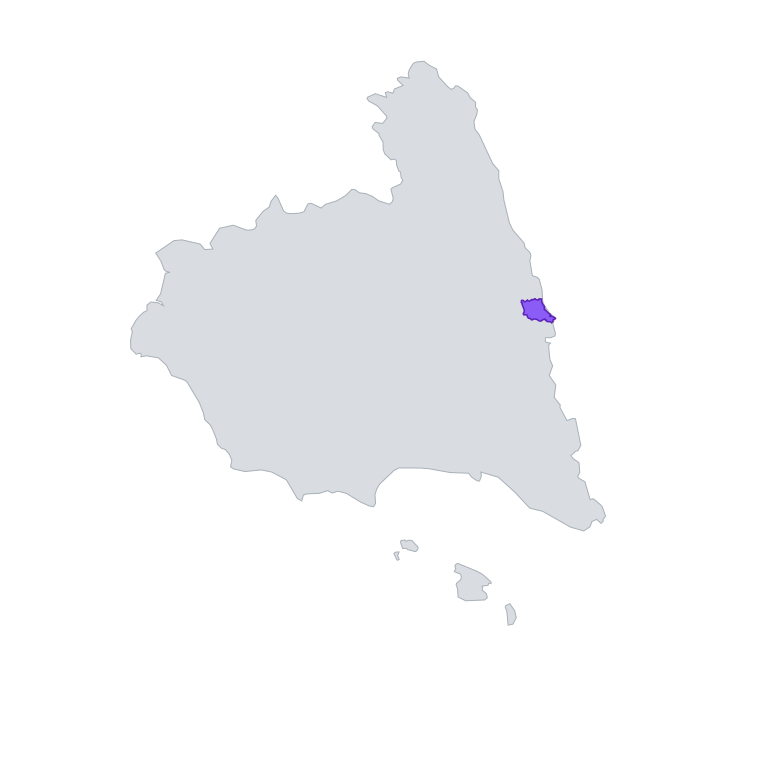 Gipuzkoa highlighted on a map of Spain, rotated 63°
{"feature_id": "ESP-5823", "entity_name": "Gipuzkoa", "entity_type": "Autonomous Community", "adm_level": 1, "iso_a3": "ESP", "parent_name": "Spain", "parent_adm1": "", "projection": "albers", "projection_center": [-2.13, 43.148], "detail": "fine", "context": "in_parent", "style": "filled", "palette": "violet", "viewbox_px": 768, "rotation_deg": 63, "n_neighbors": 0, "source": "natural_earth", "source_scale": "10m", "svg_char_len": 5396}
<svg xmlns="http://www.w3.org/2000/svg" viewBox="0 0 768 768"><g transform="rotate(63 384 384)"><path d="M403.7,200.8L403.8,202.7L406.9,206.2L416.4,208.2L418.8,209.7L418.4,214.6L416.1,218.8L418.2,220.6L420.5,220.6L423.2,217.1L423.8,219.4L428.1,221.4L437.7,225.1L444.4,225.5L451.5,233.0L462.8,231.3L473.2,238.4L482.7,236.5L484.9,237.9L499.7,237.6L500.3,231.6L502.0,229.2L528.1,236.5L531.4,241.5L531.0,244.0L532.6,249.9L535.9,249.6L542.6,246.0L551.6,249.7L554.1,253.2L555.9,253.4L562.4,249.4L580.5,252.8L581.1,249.9L582.3,249.0L589.7,246.0L592.7,245.2L602.4,246.6L603.8,249.9L605.8,251.1L606.7,253.9L601.2,256.0L600.9,261.1L604.7,265.2L605.6,272.6L596.4,282.7L569.5,300.4L560.8,310.5L540.2,316.4L518.9,324.5L506.4,337.8L509.8,338.7L513.8,342.9L512.6,344.9L507.0,348.1L501.9,349.1L492.9,365.3L480.2,382.0L475.5,389.5L465.5,408.9L465.6,414.4L471.2,433.3L474.3,438.2L478.5,442.3L486.6,445.7L488.6,449.1L486.0,452.5L478.2,458.7L464.5,467.1L458.7,473.5L457.6,479.7L453.5,482.5L452.1,491.1L446.7,503.1L446.4,506.2L450.8,510.4L446.6,513.2L425.0,514.5L411.6,523.9L404.9,532.2L398.9,547.6L391.4,556.6L388.1,558.3L383.0,554.3L376.7,553.7L370.5,555.0L367.2,558.1L362.1,559.8L357.2,558.3L346.5,557.3L341.7,557.4L334.2,559.9L327.9,558.1L317.1,557.0L293.7,558.5L290.7,559.3L280.0,569.4L268.7,569.3L258.3,573.1L251.0,582.9L249.4,588.2L247.5,586.8L245.9,587.2L244.9,591.3L237.6,593.5L229.8,589.9L223.4,584.6L219.9,584.1L214.6,576.0L212.4,571.0L210.9,565.6L211.0,561.8L206.1,559.4L205.1,554.4L209.1,548.3L214.1,545.0L209.6,545.1L206.1,549.0L202.3,542.2L186.1,528.5L187.3,524.0L184.3,527.3L182.3,528.0L173.7,527.0L163.7,527.9L160.9,506.0L163.9,498.5L175.8,484.3L182.8,482.7L186.1,475.2L179.7,475.2L170.6,459.8L174.1,446.2L184.6,436.5L186.5,432.4L187.0,428.6L185.3,425.8L180.0,424.0L175.1,412.8L174.3,405.9L170.0,401.8L166.7,394.9L170.1,394.1L184.0,394.9L187.5,393.3L190.3,389.0L193.4,381.7L194.2,377.2L189.2,370.4L189.1,369.0L189.9,366.9L198.7,360.1L197.3,354.7L199.3,343.5L199.0,336.8L198.4,331.3L195.9,324.2L198.0,321.4L202.4,319.2L206.2,313.7L211.5,309.2L218.2,305.7L226.3,297.6L225.3,293.8L222.8,291.5L213.5,289.4L212.9,287.7L213.4,278.6L211.2,274.8L207.8,275.0L202.7,273.1L201.3,274.1L194.8,273.4L190.2,271.5L188.2,272.8L187.4,276.0L179.5,278.8L175.1,278.4L168.1,275.1L159.9,275.5L159.0,274.7L151.8,278.0L149.5,277.9L146.9,273.2L151.2,266.9L148.3,260.5L146.2,260.2L133.0,263.7L125.1,269.1L122.0,269.6L121.0,268.5L121.4,260.0L129.9,251.5L125.0,250.6L125.4,247.9L128.9,244.0L125.9,240.7L126.7,231.5L119.5,233.9L117.7,233.3L118.0,229.6L122.8,222.7L118.4,221.5L115.2,218.5L111.5,212.1L111.8,209.0L114.6,201.8L120.9,198.8L127.2,194.2L135.3,195.8L147.7,192.4L152.0,190.4L152.1,187.3L150.8,184.9L152.2,182.8L162.5,177.4L168.4,177.1L174.6,174.5L178.5,176.7L182.1,176.3L185.9,178.9L190.9,184.7L198.6,187.3L205.0,186.0L236.9,187.1L246.1,184.9L253.0,188.5L266.5,190.6L274.6,193.7L297.2,199.1L305.4,199.3L322.0,195.2L326.5,196.4L333.1,194.3L336.3,194.8L340.4,198.1L354.8,202.6L358.7,198.9L361.5,198.2L372.0,200.5L382.5,205.1L388.0,205.4L396.0,204.2L403.7,200.8ZM608.7,388.3L612.8,389.9L616.9,388.0L619.1,388.3L621.4,389.1L622.1,392.4L614.2,409.7L607.4,414.7L600.0,411.5L595.7,410.9L594.4,409.6L593.1,404.3L591.1,402.7L588.3,402.1L583.0,406.6L581.1,403.9L578.4,403.5L577.3,401.9L577.3,399.7L593.6,385.8L598.4,382.6L608.7,378.6L610.3,379.0L609.1,381.1L610.6,382.8L608.7,388.3ZM656.5,378.1L655.2,382.9L642.1,377.7L637.9,377.3L636.8,376.4L636.9,371.7L645.3,370.5L652.3,372.3L656.5,378.1ZM540.5,438.7L539.1,442.1L532.7,441.2L531.2,439.9L532.5,436.1L534.3,435.6L534.3,433.0L536.1,430.2L545.0,427.7L547.1,429.4L547.7,432.0L542.5,437.9L540.5,438.7ZM547.3,451.7L546.4,452.4L539.4,452.1L539.1,449.9L540.5,446.8L543.1,449.7L547.2,450.1L547.3,451.7Z" fill="#d9dde1" stroke="#a8b0b8" stroke-width="1"/><path d="M403.7,202.0L403.7,202.6L403.6,203.7L403.6,204.4L404.8,204.9L405.3,205.6L405.4,206.6L405.5,206.9L404.6,207.1L404.2,207.4L403.9,207.8L403.3,208.9L402.7,209.9L402.2,210.4L401.7,210.7L401.3,210.7L401.0,210.6L400.7,210.5L400.4,210.9L400.4,211.2L400.3,211.3L400.1,211.3L399.5,211.1L399.3,211.0L399.2,211.2L398.9,212.4L398.9,212.8L398.9,213.6L399.0,214.0L399.2,214.4L399.2,214.9L399.2,215.5L398.6,216.6L398.2,217.1L397.7,217.5L397.1,217.7L395.2,219.1L394.6,220.1L394.3,220.8L394.1,221.3L394.1,221.7L394.2,222.1L394.2,222.5L394.1,223.0L393.8,223.4L393.5,223.6L392.4,223.8L392.0,224.1L391.3,225.1L390.9,225.4L390.5,225.6L390.1,225.6L389.7,225.6L388.9,225.7L388.5,225.6L387.8,225.3L387.3,225.4L386.9,225.9L386.6,226.2L386.5,226.6L386.4,226.9L385.8,228.1L384.7,228.1L384.3,227.8L383.6,226.6L381.8,225.4L375.9,224.8L374.9,224.4L374.7,224.1L374.1,224.6L373.9,224.7L373.7,224.7L372.0,223.6L372.3,222.5L372.6,222.1L374.5,221.3L374.8,220.8L374.8,220.2L374.3,218.0L375.5,217.7L376.0,217.2L376.2,216.3L375.8,214.0L375.8,213.9L375.9,213.7L376.0,213.7L376.3,213.7L376.6,212.8L376.5,210.8L377.0,210.5L377.4,210.6L377.5,210.6L379.3,208.3L378.5,207.2L379.8,205.0L381.3,205.8L382.9,206.2L384.6,206.4L386.3,206.2L387.6,205.9L388.0,205.8L388.3,206.0L388.5,206.4L388.9,206.7L389.4,206.9L389.5,206.9L389.6,206.7L389.8,206.6L390.0,206.6L390.3,206.9L390.4,207.2L390.7,207.3L391.8,206.4L392.3,206.2L393.1,206.1L395.9,205.1L396.8,204.5L397.3,204.3L397.8,204.3L398.3,204.7L398.6,205.2L398.9,205.5L399.4,205.1L399.2,204.9L398.9,204.5L398.6,204.3L400.2,203.6L401.7,202.2L403.1,201.5L403.7,202.0Z" fill="#8b5cf6" stroke="#5b21b6" stroke-width="1.5"/></g></svg>